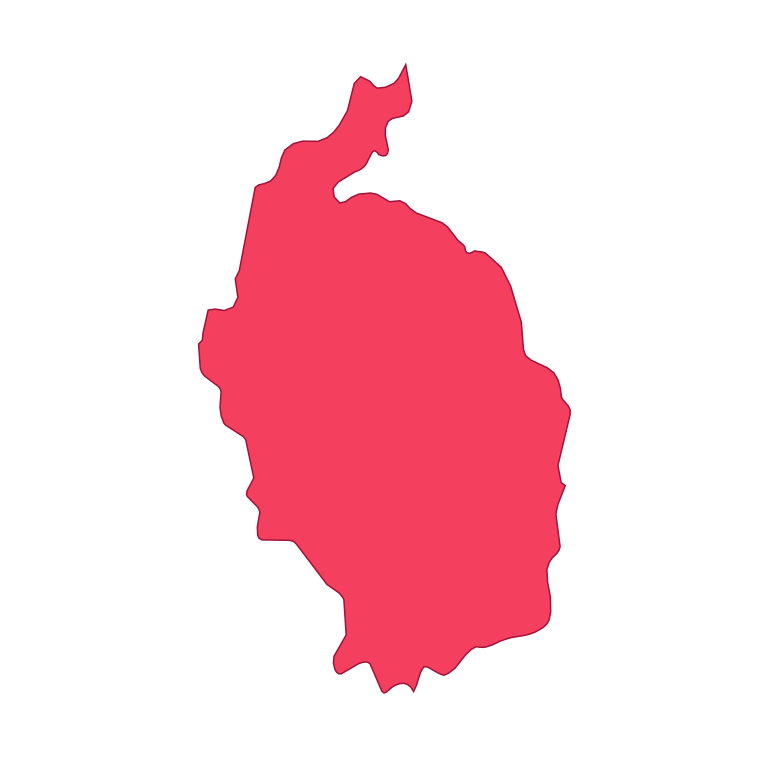 outline of Karlovarský, rotated 77°
{"feature_id": "CZE-1590", "entity_name": "Karlovarský", "entity_type": "Region", "adm_level": 1, "iso_a3": "CZE", "parent_name": "Czechia", "parent_adm1": "", "projection": "natural_earth1", "projection_center": [12.693, 50.171], "detail": "fine", "context": "isolated", "style": "filled", "palette": "rose", "viewbox_px": 768, "rotation_deg": 77, "n_neighbors": 0, "source": "natural_earth", "source_scale": "10m", "svg_char_len": 2560}
<svg xmlns="http://www.w3.org/2000/svg" viewBox="0 0 768 768"><g transform="rotate(77 384 384)"><path d="M519.7,233.6L523.8,230.3L540.7,241.8L549.3,245.8L582.2,249.0L585.3,250.9L587.9,253.6L591.2,259.1L594.9,263.1L601.3,267.0L613.9,269.2L629.2,269.8L643.5,272.8L651.2,276.3L654.4,279.3L657.0,283.5L659.6,292.0L660.4,297.6L660.6,303.1L659.7,317.0L659.9,321.3L660.7,328.9L662.6,337.2L663.2,343.8L662.8,347.2L661.8,350.4L660.7,353.4L662.2,358.7L666.1,365.2L676.8,378.7L680.2,385.8L681.3,391.0L679.6,393.9L677.5,396.6L670.3,404.4L669.3,405.9L668.5,408.5L670.0,410.5L673.8,413.7L684.4,419.9L690.3,424.3L685.1,426.2L681.8,429.0L680.0,432.4L679.5,436.3L680.0,440.3L681.2,444.3L684.7,451.0L685.1,453.4L682.9,455.2L653.6,460.5L651.6,462.2L650.6,464.7L650.4,468.0L650.8,471.7L656.8,490.9L656.1,493.3L654.2,495.0L651.4,496.0L644.6,496.1L638.1,494.0L620.0,477.3L585.1,471.6L582.8,472.1L577.5,474.8L566.6,484.6L519.8,505.6L517.2,507.5L515.2,510.8L508.4,538.1L506.2,540.4L503.0,541.1L494.8,539.6L481.3,533.9L479.6,533.8L475.6,534.7L463.0,542.4L461.1,542.8L459.3,542.4L457.4,541.5L446.3,532.0L407.1,531.3L403.7,532.8L388.5,547.6L386.1,548.8L378.8,549.8L370.0,549.1L355.1,544.5L352.3,544.6L349.6,545.6L335.9,557.0L332.1,558.8L327.4,559.5L303.4,555.7L300.3,551.1L293.1,548.7L272.4,538.7L273.0,531.7L276.5,523.0L275.2,513.6L266.7,506.9L248.1,505.3L240.4,499.0L239.9,499.0L163.5,465.3L161.8,461.2L161.8,455.3L160.7,448.7L156.2,442.4L148.9,437.2L140.9,433.3L133.7,427.9L129.4,418.2L129.1,408.5L132.7,393.8L131.2,384.1L127.4,376.5L121.7,369.3L109.4,358.1L84.5,345.4L79.3,337.7L85.6,329.9L90.8,327.1L94.2,324.1L95.2,315.8L93.3,306.6L89.3,300.9L77.7,291.0L90.4,291.7L114.6,293.2L124.3,298.8L127.2,304.8L127.1,315.9L129.0,320.9L134.6,324.9L142.0,326.8L156.5,327.1L160.1,328.7L161.8,331.1L161.5,334.0L159.2,337.7L158.5,337.8L157.8,338.0L157.1,338.3L156.5,338.8L155.1,340.1L154.6,341.3L155.2,342.8L156.5,344.3L165.3,351.6L167.4,354.0L169.5,358.2L170.4,362.0L170.9,365.3L176.9,383.1L182.0,389.6L190.6,390.5L197.7,386.3L197.7,380.6L194.8,373.7L193.3,365.7L194.9,354.2L197.6,348.2L207.6,337.7L209.0,327.4L213.1,322.4L218.7,319.2L224.5,314.3L240.1,291.0L245.6,286.6L260.4,279.8L266.4,275.4L268.2,274.5L272.7,274.6L274.8,273.7L275.9,271.4L275.6,268.8L274.9,266.7L274.8,265.3L276.1,262.4L277.2,259.2L279.0,256.0L282.7,253.3L296.7,243.5L317.0,238.6L354.7,236.3L381.7,240.3L388.2,239.7L393.9,235.3L405.0,221.2L411.5,215.9L419.7,213.5L427.8,213.1L436.8,214.1L439.9,213.1L447.0,209.3L451.5,208.5L455.8,209.6L502.4,232.8L519.7,233.6Z" fill="#f43f5e" stroke="#9f1239" stroke-width="1.5"/></g></svg>